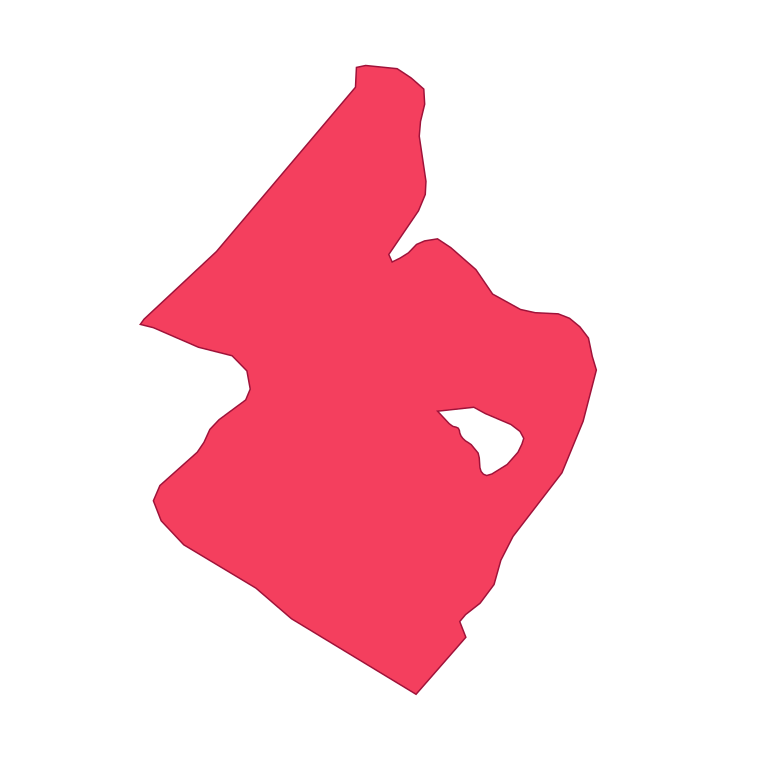 an SVG outline of Tunapuna/Piarco, rotated 310°
{"feature_id": "TTO-61", "entity_name": "Tunapuna/Piarco", "entity_type": "Region", "adm_level": 1, "iso_a3": "TTO", "parent_name": "Trinidad and Tobago", "parent_adm1": "", "projection": "mercator", "projection_center": [-61.281, 10.685], "detail": "fine", "context": "isolated", "style": "filled", "palette": "rose", "viewbox_px": 768, "rotation_deg": 310, "n_neighbors": 0, "source": "natural_earth", "source_scale": "10m", "svg_char_len": 1228}
<svg xmlns="http://www.w3.org/2000/svg" viewBox="0 0 768 768"><g transform="rotate(310 384 384)"><path d="M273.0,159.0L279.4,158.5L377.7,170.5L593.0,171.4L608.8,159.4L616.2,165.2L634.0,191.4L635.9,208.2L635.5,224.9L624.5,235.3L608.6,243.2L596.5,251.7L566.2,285.9L555.7,293.8L538.8,299.1L486.3,304.4L482.7,311.8L490.6,315.3L500.1,318.4L511.8,319.2L519.7,323.1L529.6,331.7L531.4,347.5L530.7,380.9L522.7,409.4L528.8,440.6L535.8,454.0L549.7,472.3L553.6,483.9L553.7,497.3L550.6,511.1L539.0,525.8L531.2,537.7L483.4,560.5L430.3,577.4L350.2,580.8L324.1,586.8L301.1,597.2L277.9,598.5L259.8,594.7L250.7,594.7L242.6,609.5L166.9,608.0L144.7,464.0L145.3,417.0L132.1,334.0L136.0,301.2L146.3,282.4L162.2,277.6L211.7,284.8L223.6,283.6L237.3,279.8L250.8,280.6L282.9,288.3L294.1,284.8L305.9,270.6L308.0,249.5L292.9,218.3L278.9,171.1L273.0,159.0ZM417.8,530.5L426.6,528.3L432.2,526.0L435.1,518.7L434.6,507.3L426.5,480.7L423.9,467.7L397.6,442.5L395.5,459.4L395.8,464.0L397.3,467.0L397.9,469.3L396.9,471.6L395.2,473.5L393.7,476.4L393.0,479.4L392.8,482.9L393.3,486.4L393.6,489.8L391.6,500.5L388.6,504.5L381.6,511.2L379.4,514.6L378.8,518.2L379.9,521.5L384.4,524.5L401.5,530.1L417.8,530.5Z" fill="#f43f5e" stroke="#9f1239" stroke-width="1.5"/></g></svg>